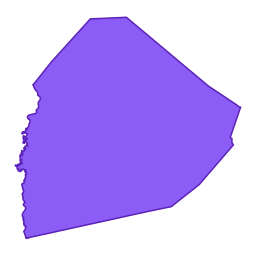 the district of Lunga, Luapula, Zambia
{"feature_id": "96606910B4218134786212", "entity_name": "Lunga", "entity_type": "district", "adm_level": 2, "iso_a3": "ZMB", "parent_name": "Zambia", "parent_adm1": "Luapula", "projection": "albers", "projection_center": [29.85, -11.571], "detail": "fine", "context": "isolated", "style": "filled", "palette": "violet", "viewbox_px": 256, "rotation_deg": 0, "n_neighbors": 0, "source": "geoboundaries", "source_scale": "gbopen_adm2", "svg_char_len": 5321}
<svg xmlns="http://www.w3.org/2000/svg" viewBox="0 0 256 256"><path d="M35.5,90.1L37.0,91.6L37.3,91.9L37.7,93.2L37.8,95.3L39.5,96.5L40.1,97.3L40.4,98.4L40.1,99.7L39.4,100.8L38.4,102.0L38.2,104.3L38.7,106.5L38.2,108.1L37.4,109.0L36.2,110.2L36.3,111.2L36.8,112.0L36.6,112.7L35.4,113.4L32.0,114.4L30.5,114.6L29.3,115.0L28.4,115.4L27.6,116.3L27.4,116.9L27.5,117.8L28.1,118.8L28.6,119.1L29.2,119.5L29.3,119.5L29.7,119.6L30.0,121.4L29.7,122.9L29.2,123.4L29.0,124.0L29.1,124.7L29.0,125.4L28.7,126.1L28.4,126.6L27.7,127.3L27.5,127.7L27.3,128.1L27.2,129.6L26.9,129.9L26.5,129.7L26.3,128.8L26.1,128.5L25.9,128.5L25.8,129.1L25.8,130.0L25.5,130.8L25.1,131.1L24.7,131.6L24.5,131.9L23.9,131.9L23.5,131.7L23.0,131.8L22.5,132.2L22.2,132.5L22.0,133.0L21.9,133.3L22.1,133.7L22.2,133.9L22.5,133.8L23.3,133.3L24.0,133.1L24.8,133.0L25.0,132.9L25.4,132.5L25.5,132.5L26.1,133.4L26.8,133.7L27.4,133.8L27.4,134.1L27.1,134.7L26.4,135.8L26.0,136.3L25.1,137.0L24.6,137.0L24.4,136.8L23.9,135.7L23.7,135.7L23.4,135.9L23.2,136.3L23.1,136.8L23.1,137.7L23.2,138.6L23.3,139.0L23.5,139.3L25.2,139.6L25.4,139.4L25.4,139.0L25.6,138.4L25.9,138.2L26.5,138.2L26.9,138.3L27.2,138.6L27.3,139.0L27.1,139.4L26.4,139.8L25.2,140.2L23.7,140.9L23.4,141.2L23.1,142.0L23.0,142.4L23.1,142.7L23.3,143.0L24.0,143.4L24.3,143.4L24.5,143.3L25.0,141.6L25.2,141.3L25.5,141.3L25.9,141.7L26.7,142.8L27.4,143.2L27.5,143.5L26.8,144.2L26.8,144.5L27.4,145.0L27.8,145.3L27.9,145.5L27.8,145.8L27.3,145.9L26.6,145.8L25.8,145.8L25.0,146.5L23.8,148.2L23.7,148.6L23.8,148.8L24.3,148.8L24.8,148.7L25.2,148.5L25.5,148.4L25.6,148.8L25.6,149.1L24.2,150.2L24.1,150.4L24.0,151.1L23.7,151.3L23.0,151.2L22.4,150.9L21.9,150.6L21.6,150.6L21.5,150.8L21.6,151.1L22.1,151.9L22.3,152.4L22.3,152.6L22.1,152.8L21.8,152.9L21.4,152.8L21.2,152.9L21.2,153.1L21.3,153.3L22.4,153.3L22.8,153.4L22.8,153.7L22.8,154.5L22.7,154.7L22.5,155.1L22.1,155.2L21.9,155.5L21.3,155.9L21.2,156.0L21.0,155.8L21.0,155.0L20.9,154.6L20.5,154.5L20.3,154.6L20.1,154.9L20.0,155.3L20.0,155.7L20.0,157.2L20.2,158.8L20.1,159.3L20.3,159.6L20.9,159.7L21.7,159.5L21.9,159.6L22.0,159.7L22.0,160.0L21.6,160.4L21.1,160.3L20.3,160.6L20.7,161.0L21.1,161.5L21.1,161.8L20.9,161.9L20.5,162.1L20.7,162.4L20.7,162.5L21.3,162.7L22.1,163.1L22.2,163.4L22.1,163.7L21.7,163.8L20.8,163.9L20.4,164.2L20.2,164.2L19.9,164.0L19.9,163.7L19.7,163.5L19.5,163.8L19.3,164.2L19.3,165.1L19.2,165.3L18.8,165.0L18.2,164.4L17.7,164.5L17.3,165.1L17.3,165.5L17.5,165.6L17.9,165.8L18.0,166.0L17.8,166.2L17.3,166.1L17.0,165.7L16.1,165.1L15.7,165.0L15.4,165.4L15.4,165.9L15.8,166.1L16.3,166.2L16.9,166.7L17.1,168.1L17.2,168.5L17.5,169.2L17.6,169.4L17.8,169.3L18.2,168.9L18.5,168.9L18.5,169.5L18.5,170.1L18.6,170.3L18.3,170.3L18.2,170.4L18.1,170.5L18.3,170.8L19.3,171.0L19.5,171.2L19.7,171.3L19.8,171.5L20.2,171.5L20.5,170.8L20.7,170.1L20.8,169.9L21.2,170.0L21.1,170.9L21.3,171.0L21.5,170.9L21.7,170.6L21.8,169.9L22.4,169.4L22.4,169.0L22.5,168.9L23.0,169.1L23.0,169.4L23.4,169.5L24.2,169.6L24.4,169.8L24.7,170.7L25.0,170.9L25.3,170.8L25.4,170.2L25.6,170.1L25.8,170.1L25.8,170.4L25.7,171.4L25.8,172.3L25.6,172.3L25.3,172.1L25.1,172.1L25.1,172.3L25.5,172.6L26.1,172.5L26.1,173.3L26.1,173.5L26.7,173.8L26.7,174.0L26.0,174.3L25.6,174.5L25.3,174.7L25.3,174.8L25.5,175.3L25.5,175.8L25.8,176.0L25.8,176.3L25.7,176.9L25.1,177.7L25.0,178.3L25.2,178.8L25.3,179.1L25.2,179.3L24.9,179.5L24.5,179.5L24.3,179.7L24.3,180.1L24.6,180.5L24.4,180.8L23.9,181.0L24.1,181.3L24.3,181.3L24.4,181.5L24.2,181.9L24.3,182.4L24.0,182.7L23.4,183.0L22.6,183.7L22.4,183.9L22.2,183.8L21.8,184.2L21.8,184.4L21.9,185.2L22.3,185.9L22.4,186.5L22.3,186.9L22.3,187.0L22.6,187.5L22.5,188.0L23.1,189.4L23.0,189.7L23.4,190.5L23.6,191.1L23.8,191.4L23.5,192.1L23.3,192.4L23.0,192.6L23.0,192.8L23.0,193.2L22.9,193.3L22.4,193.5L22.3,193.9L22.3,194.1L22.2,194.4L22.3,194.8L22.7,195.4L22.8,196.0L22.8,196.6L22.6,197.0L23.0,197.4L23.3,197.8L23.3,198.0L23.1,198.4L23.0,198.7L23.0,199.6L23.1,199.8L23.5,200.3L23.9,200.9L24.2,201.1L24.5,201.3L24.8,202.0L25.2,202.2L25.3,202.4L25.2,202.5L24.9,202.5L24.4,202.8L23.9,203.4L23.5,204.2L23.4,204.8L23.4,205.1L23.7,205.5L23.9,205.7L24.6,205.9L24.7,206.2L25.4,206.7L25.5,207.0L25.4,207.5L25.7,208.0L25.6,208.7L25.3,209.4L25.1,209.6L24.6,210.7L23.8,211.7L23.2,212.5L22.3,214.6L22.3,215.1L22.4,216.3L22.8,216.8L23.1,216.8L23.3,216.9L23.2,217.1L23.4,217.3L23.4,217.6L23.6,217.9L23.6,218.3L23.4,218.3L23.0,218.5L22.9,218.7L23.1,219.0L23.3,219.3L23.5,219.1L23.6,219.4L23.6,219.6L23.4,219.7L23.3,219.8L23.3,220.1L23.5,220.2L23.4,220.5L23.6,220.9L24.0,221.2L24.2,221.4L24.1,221.8L23.9,221.9L23.8,222.0L23.9,222.5L23.8,222.9L23.8,223.3L23.7,223.6L23.9,223.9L24.1,224.2L23.9,224.7L24.0,224.9L24.2,225.5L25.1,225.5L25.4,225.7L25.5,226.0L25.3,226.2L25.3,226.4L25.8,226.5L25.9,226.8L25.4,227.1L25.4,227.5L25.6,228.0L25.3,229.1L23.8,231.5L25.3,235.4L26.1,238.7L26.3,237.9L26.5,237.8L26.6,238.3L26.9,238.4L27.0,238.3L27.0,238.2L26.8,238.0L26.9,237.8L27.3,238.0L27.6,238.0L27.5,237.9L149.1,211.2L171.2,206.7L199.1,184.7L233.4,144.9L233.0,144.1L232.9,144.0L232.4,143.7L232.3,143.3L232.0,142.9L232.0,141.9L231.9,141.0L231.8,140.2L232.0,139.4L232.1,138.9L231.8,138.5L231.3,138.2L230.7,138.0L230.3,137.3L240.6,107.2L240.2,107.2L239.0,106.7L238.8,106.7L237.0,105.1L208.2,85.9L126.4,17.3L90.3,18.9L51.4,61.9L33.3,84.6L33.0,84.7L34.2,87.8L35.5,90.1Z" fill="#8b5cf6" stroke="#5b21b6" stroke-width="1.5"/></svg>